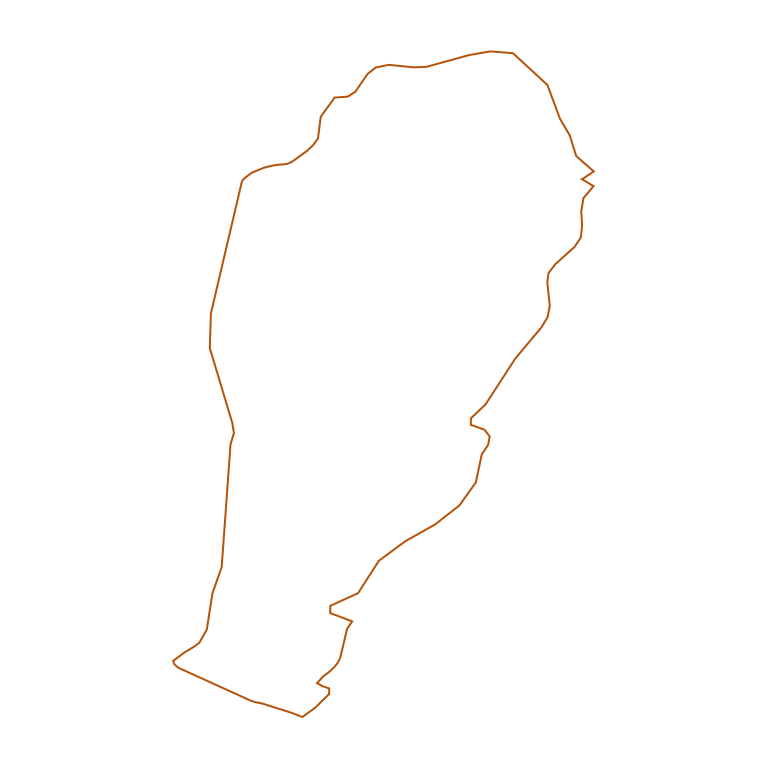 Medimurska, Albers equal-area conic projection, rotated 91°
{"feature_id": "HRV-1609", "entity_name": "Medimurska", "entity_type": "County", "adm_level": 1, "iso_a3": "HRV", "parent_name": "Croatia", "parent_adm1": "", "projection": "albers", "projection_center": [16.526, 46.414], "detail": "fine", "context": "isolated", "style": "outline", "palette": "amber", "viewbox_px": 768, "rotation_deg": 91, "n_neighbors": 0, "source": "natural_earth", "source_scale": "10m", "svg_char_len": 1327}
<svg xmlns="http://www.w3.org/2000/svg" viewBox="0 0 768 768"><g transform="rotate(91 384 384)"><path d="M350.3,248.4L356.5,253.3L402.6,282.1L416.8,296.5L423.3,296.5L428.0,282.7L434.6,277.4L443.0,278.8L452.6,285.0L480.9,290.5L504.0,306.4L523.5,330.4L540.8,359.9L560.9,386.1L593.6,406.3L606.7,433.8L614.0,433.8L621.9,411.7L629.5,416.6L658.4,423.0L663.1,425.1L667.9,428.7L672.5,433.4L677.1,439.4L684.2,445.7L687.1,440.5L689.4,433.4L695.0,433.5L708.8,447.1L718.4,459.9L714.4,470.6L705.7,499.8L704.3,507.3L703.1,511.4L671.3,584.7L668.0,588.6L664.5,590.0L655.8,578.7L650.0,569.4L645.9,564.1L632.6,556.9L596.4,551.9L569.9,543.1L447.0,536.4L435.7,533.2L425.6,535.0L351.1,558.8L316.5,558.3L185.3,529.9L182.7,528.9L179.5,525.6L175.1,520.0L169.9,507.9L167.8,500.4L166.6,493.4L166.1,488.1L165.7,485.0L163.7,480.3L152.2,465.0L146.6,459.2L139.5,454.3L117.9,451.9L100.3,439.6L98.5,438.7L97.3,425.2L92.3,417.8L74.1,405.7L67.7,397.8L64.8,384.8L66.9,359.9L66.2,347.3L53.6,304.6L49.6,283.4L50.2,273.9L51.0,260.8L78.9,229.5L82.1,225.9L115.7,212.7L122.3,208.7L132.0,202.7L152.7,195.8L163.7,182.8L167.8,178.0L175.4,188.9L175.8,189.6L182.5,178.0L194.8,187.9L208.3,189.8L221.9,188.7L234.0,189.7L243.5,195.8L261.4,215.0L270.4,221.5L279.6,222.5L302.8,219.6L314.0,221.5L324.5,227.5L350.3,248.4Z" fill="none" stroke="#b45309" stroke-width="2"/></g></svg>